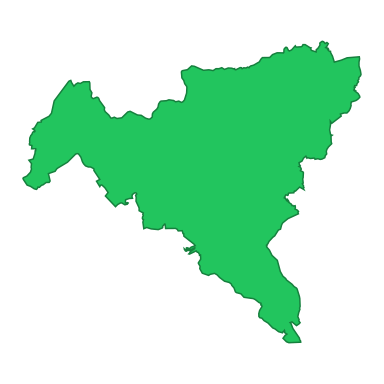 Poiana Blenchii, Salaj, Romania
{"feature_id": "2599482B10534367656456", "entity_name": "Poiana Blenchii", "entity_type": "district", "adm_level": 2, "iso_a3": "ROU", "parent_name": "Romania", "parent_adm1": "Salaj", "projection": "mercator", "projection_center": [23.787, 47.298], "detail": "fine", "context": "isolated", "style": "filled", "palette": "green", "viewbox_px": 384, "rotation_deg": 0, "n_neighbors": 0, "source": "geoboundaries", "source_scale": "gbopen_adm2", "svg_char_len": 5911}
<svg xmlns="http://www.w3.org/2000/svg" viewBox="0 0 384 384"><path d="M299.4,338.1L292.9,328.5L291.0,323.5L290.1,322.6L292.0,321.9L296.5,325.6L299.1,323.8L300.1,322.7L298.8,320.8L299.1,319.6L297.8,316.6L298.8,312.3L299.9,309.3L299.6,308.1L300.1,306.4L299.8,298.6L299.4,296.4L297.1,289.0L296.5,288.1L294.1,286.6L292.0,284.2L286.4,279.9L285.7,278.5L282.9,276.2L280.3,271.5L277.3,260.3L272.0,255.4L269.4,250.1L266.7,247.0L266.6,246.2L267.0,245.8L266.5,245.2L267.9,243.7L269.0,241.4L272.8,237.3L274.7,235.9L278.4,230.0L280.5,229.2L281.7,224.7L282.7,222.9L288.0,218.6L298.4,213.8L298.1,213.1L298.0,212.1L298.5,211.6L298.2,211.1L297.3,210.1L295.0,209.0L295.4,207.2L295.1,205.7L293.6,206.1L292.8,205.4L292.0,205.6L291.2,204.0L289.3,202.8L288.5,200.9L287.2,199.1L286.8,199.2L286.7,199.8L287.3,199.9L288.9,202.5L287.7,201.2L286.7,200.7L285.1,198.0L285.0,197.3L284.1,198.5L284.5,197.1L285.9,194.8L287.7,195.4L288.2,194.9L288.3,193.6L288.8,193.1L293.8,192.8L294.4,191.1L295.5,191.1L299.6,187.1L303.8,189.5L303.4,188.7L303.5,187.9L303.9,187.6L303.5,186.8L303.5,185.7L302.3,183.8L303.2,183.1L302.7,178.7L303.1,177.9L303.4,172.7L302.9,171.8L300.4,170.7L301.3,169.1L300.4,167.1L299.0,166.5L300.2,165.7L299.4,164.5L299.0,162.7L301.9,161.2L303.6,158.1L305.9,156.2L306.9,158.2L307.7,157.7L310.5,158.5L314.0,158.1L314.6,158.3L315.0,159.3L317.9,158.7L320.2,159.4L322.0,159.1L324.8,157.7L325.3,155.6L326.7,154.0L326.3,151.5L326.8,149.5L328.4,147.0L331.7,143.7L331.2,141.8L331.0,136.1L332.2,135.2L330.6,134.7L329.6,129.9L330.5,124.7L330.3,121.2L331.8,123.3L341.2,116.1L340.4,114.1L344.0,113.0L346.9,113.0L348.9,111.0L350.2,108.6L351.1,105.6L350.9,104.1L351.3,102.0L355.8,100.6L357.7,99.4L359.8,97.3L359.7,96.2L358.1,93.5L354.7,90.9L355.3,90.7L353.9,89.9L354.5,89.1L354.2,87.2L355.1,87.2L354.7,85.6L356.6,85.5L357.1,83.5L358.5,81.8L357.7,80.7L358.9,79.2L358.8,77.6L360.5,75.8L361.0,74.4L360.4,70.6L359.0,66.1L359.0,62.0L359.6,59.0L359.3,56.8L347.1,57.8L341.2,60.2L334.3,62.1L332.5,56.2L330.6,52.6L330.5,51.3L329.3,51.2L327.7,49.6L327.5,49.0L328.4,49.0L327.9,48.2L325.7,47.6L326.8,46.4L328.3,43.7L326.9,42.5L325.1,43.5L323.6,41.7L322.2,41.3L320.1,42.7L319.8,43.4L320.0,44.7L319.6,45.8L317.7,48.6L316.3,49.6L316.1,51.9L311.4,50.4L310.6,48.7L311.1,47.9L309.9,47.6L305.1,44.6L303.0,44.6L302.1,46.3L301.1,46.8L296.1,47.1L295.3,45.8L291.6,49.9L289.3,51.0L288.4,50.3L287.0,47.6L286.0,47.2L284.5,48.4L284.0,49.5L283.9,52.1L283.5,52.9L277.1,52.8L272.5,54.6L269.7,57.5L262.4,57.6L260.9,59.2L259.3,61.9L253.5,65.2L250.8,65.9L249.4,66.9L249.0,67.7L247.6,67.1L246.0,68.0L243.7,67.8L242.1,68.7L241.4,67.7L240.2,67.6L235.8,69.8L234.6,69.4L234.6,68.6L233.4,68.8L231.8,68.2L228.2,68.0L224.5,69.4L221.8,67.7L218.9,68.7L216.0,68.7L213.1,70.6L208.9,69.8L203.5,70.3L194.4,66.3L191.6,65.9L187.4,69.7L182.7,70.6L181.9,71.0L181.4,72.0L181.9,77.9L183.8,80.5L184.7,83.7L186.6,86.3L186.9,87.5L186.6,93.1L184.4,100.1L182.7,101.9L181.3,102.4L178.8,101.1L175.6,101.8L173.6,100.5L168.9,99.8L166.5,100.7L161.0,101.1L160.0,101.8L158.6,104.0L158.0,107.2L156.8,109.1L153.3,112.2L152.4,113.9L152.2,117.1L150.3,118.8L149.0,119.2L145.6,118.2L141.2,115.3L137.5,115.0L130.1,111.3L127.7,112.0L121.8,117.8L117.0,118.5L114.3,117.2L112.0,118.1L110.7,117.9L108.8,115.0L105.2,111.7L104.3,109.9L104.6,107.6L99.6,100.7L98.7,98.3L97.7,97.4L96.8,97.2L93.4,98.6L92.5,98.3L91.3,96.9L91.2,96.1L91.9,92.8L90.0,89.5L89.8,82.9L89.3,81.7L83.4,81.8L80.3,83.5L77.9,82.9L75.7,84.2L73.9,86.2L71.6,82.6L70.8,80.4L70.4,80.5L68.8,81.3L54.2,100.9L51.5,113.2L49.0,116.3L41.1,120.4L41.4,121.0L41.3,122.0L37.8,122.4L34.5,127.9L32.7,128.9L34.7,130.2L35.0,131.2L34.6,131.8L33.9,131.4L32.7,132.3L31.8,134.5L30.9,135.4L29.8,138.0L29.6,141.4L29.8,142.4L29.3,144.0L29.5,144.9L31.9,145.5L31.6,148.8L35.7,148.7L35.8,149.8L35.6,150.9L35.2,150.9L35.0,153.4L33.2,159.0L28.9,160.2L31.5,163.6L31.1,167.4L31.5,169.0L30.4,172.3L26.8,176.1L23.4,177.7L23.0,178.3L23.4,179.5L27.1,185.1L30.6,186.4L34.2,188.8L36.4,189.4L37.4,188.5L37.9,187.1L39.4,187.3L41.5,185.3L43.1,184.8L46.1,182.5L49.2,182.4L50.1,181.0L48.4,173.6L55.1,171.3L56.8,168.8L58.0,167.9L67.5,162.2L75.6,154.1L77.2,153.6L78.5,153.9L80.9,157.2L82.4,161.7L83.6,163.8L85.5,165.9L88.4,167.0L90.6,167.0L93.7,168.6L94.0,169.2L93.9,170.5L99.8,179.4L96.5,181.2L99.8,186.6L100.4,185.5L101.2,184.9L102.1,185.2L104.9,187.8L108.1,192.5L105.4,196.0L115.5,206.7L117.7,204.5L120.4,203.0L121.7,202.9L124.9,204.8L127.3,204.2L128.2,203.0L127.7,202.6L125.9,203.0L125.4,202.7L125.6,199.7L129.3,198.5L132.5,198.3L132.0,196.8L132.3,194.6L134.7,192.8L135.9,192.8L136.8,194.0L135.6,195.3L136.2,197.3L136.0,201.2L139.1,207.9L139.1,210.7L143.3,213.0L142.8,214.4L143.3,215.6L142.5,217.0L142.4,218.6L142.8,219.3L143.5,219.5L142.9,222.2L143.8,228.7L146.7,227.5L151.2,228.9L158.3,229.6L162.5,227.9L162.7,227.5L162.6,226.4L164.5,224.1L165.1,224.2L165.6,228.5L175.5,228.4L177.2,229.3L178.2,230.9L182.2,230.7L183.0,233.6L183.7,233.7L183.9,236.2L194.1,244.2L195.2,245.7L191.2,247.1L189.5,248.7L189.7,249.4L189.3,249.8L188.0,249.1L188.5,248.2L186.9,247.7L186.3,248.1L186.6,249.7L185.4,249.9L184.3,248.8L184.4,249.4L185.5,251.0L186.3,251.2L187.6,250.5L189.9,250.3L195.3,247.4L194.2,249.0L190.1,251.8L189.7,253.0L188.8,253.9L189.5,254.1L196.2,250.9L197.2,252.2L198.2,252.4L199.3,254.0L199.5,255.3L200.5,255.0L200.7,259.2L198.4,262.7L198.4,263.4L200.1,266.3L199.8,268.7L202.3,273.2L208.6,275.4L210.3,274.3L214.6,273.4L217.2,274.9L219.5,277.4L224.5,281.2L229.3,282.5L231.2,283.9L231.9,285.5L234.0,287.9L235.4,291.8L236.4,292.6L240.9,293.8L244.0,297.3L253.3,298.6L255.3,299.6L259.1,302.6L261.0,303.3L260.8,304.9L261.6,305.2L262.0,306.5L259.6,310.5L258.8,313.6L258.9,316.5L259.8,317.7L261.9,318.2L264.0,320.6L268.0,323.0L272.7,327.9L275.1,329.0L278.6,331.7L282.5,332.8L283.1,331.6L283.6,331.5L284.4,330.3L284.7,331.0L284.6,332.6L286.9,334.1L285.2,335.3L283.0,338.3L286.5,341.8L288.9,342.7L300.7,342.2L300.6,341.0L299.7,339.7L299.4,338.1Z" fill="#22c55e" stroke="#15803d" stroke-width="1.5"/></svg>